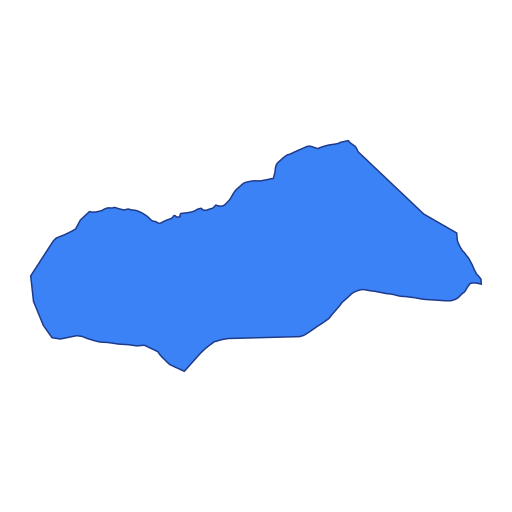 outline of Ajuterique, Comayagua, Honduras
{"feature_id": "27666195B64266786808273", "entity_name": "Ajuterique", "entity_type": "district", "adm_level": 2, "iso_a3": "HND", "parent_name": "Honduras", "parent_adm1": "Comayagua", "projection": "mercator", "projection_center": [-87.72, 14.397], "detail": "fine", "context": "isolated", "style": "filled", "palette": "blue", "viewbox_px": 512, "rotation_deg": 0, "n_neighbors": 0, "source": "geoboundaries", "source_scale": "gbopen_adm2", "svg_char_len": 6019}
<svg xmlns="http://www.w3.org/2000/svg" viewBox="0 0 512 512"><path d="M30.7,275.9L33.5,301.4L43.3,325.3L52.0,337.7L60.3,339.0L72.7,336.5L76.5,335.7L81.8,336.3L87.3,338.5L94.1,340.6L99.7,342.0L107.9,342.5L118.8,344.1L128.5,344.7L136.9,345.9L144.2,345.2L157.7,351.6L160.3,355.2L160.7,355.6L162.1,357.3L163.2,358.3L164.8,359.7L166.1,361.2L169.1,364.0L170.1,364.7L175.1,367.1L184.3,371.3L200.7,353.0L205.0,348.9L209.9,344.9L212.3,343.3L214.1,341.8L218.2,340.7L221.0,339.8L225.8,338.9L228.8,338.5L299.8,336.6L300.7,336.3L301.8,336.0L303.3,335.5L304.1,335.1L305.0,334.7L305.7,334.2L307.2,333.3L309.6,331.7L312.1,330.0L314.5,328.4L316.0,327.3L317.3,326.3L320.8,324.2L323.6,322.3L325.7,320.8L327.8,319.3L328.3,319.0L329.1,318.2L329.6,317.6L330.2,316.9L331.1,315.6L331.8,314.8L339.4,306.0L340.2,305.0L341.3,303.4L341.8,302.8L342.4,302.2L343.1,301.5L345.9,299.1L347.2,297.9L348.3,296.9L350.3,295.0L351.5,293.9L351.9,293.5L352.4,293.2L353.4,292.6L354.4,292.0L355.3,291.6L356.2,291.2L357.2,290.8L358.8,290.3L359.6,290.1L360.4,289.9L361.9,289.6L362.3,289.6L362.8,289.6L363.4,289.6L363.9,289.6L365.7,289.9L368.1,290.4L369.4,290.6L372.1,291.0L374.1,291.2L375.4,291.4L385.9,293.5L387.3,293.7L389.7,293.9L391.1,294.1L393.3,294.5L394.3,294.7L395.3,295.0L397.6,295.6L398.3,295.8L399.3,296.0L400.0,296.1L401.8,296.4L405.1,296.5L406.6,296.7L411.4,297.3L414.0,297.6L415.4,297.8L418.9,298.5L419.9,298.7L421.0,298.9L423.4,299.2L425.0,299.4L427.5,299.6L429.2,299.7L431.0,299.8L434.4,300.0L436.1,300.1L442.8,300.6L444.9,300.7L446.1,300.8L448.3,300.8L449.8,300.8L450.8,300.7L451.9,300.5L453.2,300.1L454.4,299.7L455.7,299.2L456.5,298.7L457.4,298.2L458.1,297.7L458.7,297.2L460.4,295.4L461.2,294.6L461.7,294.1L462.3,293.6L463.5,292.7L463.9,292.4L464.3,292.0L464.7,291.6L465.2,291.0L465.6,290.4L467.0,287.9L468.2,286.0L469.3,284.6L469.6,284.1L469.9,283.8L470.3,283.5L470.6,283.4L471.0,283.3L471.5,283.2L472.4,283.0L473.0,283.0L473.6,283.0L475.8,283.0L476.4,283.1L477.7,283.3L479.7,283.8L481.3,284.1L481.0,279.2L478.8,276.4L476.6,274.1L474.1,269.3L472.2,264.8L470.6,261.8L468.6,258.1L466.3,255.3L464.5,252.8L462.6,250.9L460.1,247.0L458.7,244.0L457.6,241.6L457.2,239.4L456.7,233.0L423.7,214.0L363.4,156.8L359.8,153.4L359.1,152.7L358.5,152.1L358.1,151.6L357.9,151.3L357.6,150.8L357.1,149.5L356.1,147.7L355.8,147.2L355.3,146.6L354.9,146.2L354.1,145.6L353.5,145.2L352.1,144.2L349.7,142.4L349.4,142.1L349.2,141.8L349.0,141.5L348.7,141.0L348.6,140.9L348.3,140.7L348.1,140.7L347.7,140.7L345.0,141.3L340.3,142.4L339.8,142.6L339.0,143.1L338.6,143.3L337.9,143.5L337.4,143.6L335.5,144.0L334.5,144.2L333.7,144.3L331.3,144.6L330.3,144.8L329.3,144.9L327.6,145.3L326.4,145.6L323.9,146.3L320.6,147.4L319.6,147.7L319.2,148.0L318.2,148.5L317.9,148.5L317.7,148.5L317.4,148.5L311.4,146.5L310.7,146.3L309.9,146.2L309.2,146.2L308.3,146.2L307.4,146.4L307.2,146.4L306.4,146.7L303.6,148.0L299.9,149.6L293.6,152.4L290.5,153.9L289.9,154.1L289.1,154.4L287.6,154.8L287.3,154.9L286.8,155.2L286.4,155.4L284.5,156.8L282.7,158.2L280.1,160.6L278.2,162.3L277.1,163.5L276.9,163.9L276.6,164.2L276.4,164.6L276.2,165.2L276.0,165.7L275.8,166.3L275.6,167.4L275.3,169.1L275.1,170.6L275.0,172.0L274.9,172.5L273.9,176.2L273.4,178.1L273.3,178.4L273.1,178.6L272.8,178.7L272.2,178.6L271.9,178.6L271.4,178.6L270.9,178.7L269.9,179.0L268.4,179.4L268.0,179.5L262.5,180.5L262.2,180.6L261.7,180.8L261.3,180.9L260.9,180.9L259.1,180.9L254.3,180.8L253.2,180.9L252.0,181.0L248.6,181.7L246.3,182.2L245.2,182.5L244.8,182.7L244.3,182.9L243.9,183.1L243.4,183.5L242.8,183.9L242.4,184.1L240.7,185.7L239.0,187.2L237.9,188.1L237.0,189.0L236.2,189.7L235.5,190.5L235.0,191.1L234.5,191.8L233.9,192.7L233.4,193.4L232.0,195.8L230.6,198.3L230.1,199.0L229.6,199.7L229.1,200.3L227.4,202.1L225.3,204.3L225.0,204.6L224.5,204.9L224.1,205.2L223.7,205.4L223.2,205.7L222.6,205.9L222.1,206.1L221.6,206.2L221.3,206.3L221.0,206.2L220.7,206.2L220.3,206.0L220.0,206.0L219.8,206.0L219.7,206.0L219.4,206.2L219.3,206.3L218.5,205.9L217.2,205.5L215.9,205.1L214.6,206.3L213.1,207.9L213.0,208.0L212.7,208.2L212.4,208.3L211.6,208.5L210.7,208.7L207.2,209.9L206.2,210.2L205.9,210.2L205.5,210.3L204.9,210.3L203.9,210.1L203.3,210.0L202.8,209.8L202.5,209.6L202.1,209.3L201.8,208.7L201.6,208.5L201.4,208.5L201.2,208.4L200.8,208.4L200.4,208.4L200.1,208.5L199.3,208.7L198.8,208.8L198.0,209.1L196.8,209.6L196.4,209.9L195.5,210.5L194.6,210.9L193.6,211.3L192.9,211.5L191.5,212.0L189.8,212.3L188.2,212.6L187.1,212.8L184.0,213.1L183.1,213.2L182.2,213.3L181.1,213.5L180.7,213.6L180.3,214.2L180.2,214.6L180.0,215.0L180.0,215.3L180.0,215.7L180.2,216.2L180.2,216.3L180.2,216.5L179.8,216.8L179.5,216.9L179.2,217.0L178.8,217.0L178.5,217.0L177.3,217.0L176.9,216.9L176.5,216.8L176.1,216.6L175.8,216.3L175.3,215.8L175.0,215.7L174.9,215.6L174.6,215.6L174.4,215.6L174.1,215.6L173.9,215.7L173.8,215.8L173.4,216.1L173.3,216.3L173.1,216.8L172.9,217.1L172.7,217.3L172.4,217.6L172.0,217.9L170.7,218.7L170.1,219.0L169.2,219.2L168.7,219.3L166.3,220.3L163.6,221.5L159.9,223.5L157.6,222.8L157.1,222.4L156.5,222.1L156.0,221.8L155.6,221.6L155.2,221.5L154.5,221.3L154.0,221.3L153.4,221.2L153.1,221.2L152.9,221.1L152.5,220.9L151.8,220.6L151.5,220.3L151.2,220.1L149.1,218.1L148.1,217.1L147.6,216.6L147.0,216.1L142.5,213.2L141.1,212.5L139.4,211.7L137.7,211.0L137.1,210.8L136.5,210.6L135.1,210.3L133.8,210.1L132.9,210.0L131.7,209.9L131.0,209.9L130.5,209.7L129.6,209.3L129.1,209.2L128.7,209.1L128.3,209.1L127.8,209.1L126.3,209.4L124.9,209.8L124.5,209.9L123.9,209.9L123.5,209.9L122.7,209.7L121.2,209.3L120.2,209.0L119.4,208.9L118.3,208.6L116.7,208.0L115.6,207.7L114.6,207.5L114.4,207.5L114.0,207.5L113.8,207.5L113.6,207.6L113.1,207.8L112.8,207.9L111.8,208.0L111.2,208.0L110.8,208.0L109.6,207.9L108.8,207.9L108.0,207.9L107.6,208.0L107.2,208.0L105.9,208.5L105.3,208.7L104.1,209.2L103.1,209.8L101.9,210.5L101.3,210.7L100.8,210.9L99.3,211.2L98.1,211.5L95.8,212.0L95.1,212.1L94.6,212.1L93.3,212.1L92.1,212.0L91.4,212.0L90.5,211.8L89.8,211.7L89.4,211.6L80.4,220.0L75.6,229.0L70.8,231.7L64.6,234.7L56.3,238.0L53.2,241.1L30.7,275.9Z" fill="#3b82f6" stroke="#1e3a8a" stroke-width="1.5"/></svg>